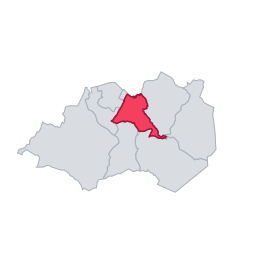 Cameroon highlighted, Albers equal-area conic projection, rotated 116°
{"feature_id": "CMR", "entity_name": "Cameroon", "entity_type": "country or territory", "adm_level": 0, "iso_a3": "CMR", "parent_name": "Africa", "parent_adm1": "", "projection": "albers", "projection_center": [12.994, 7.377], "detail": "fine", "context": "with_neighbors", "style": "filled", "palette": "rose", "viewbox_px": 256, "rotation_deg": 116, "n_neighbors": 8, "source": "natural_earth", "source_scale": "50m", "svg_char_len": 8615}
<svg xmlns="http://www.w3.org/2000/svg" viewBox="0 0 256 256"><g transform="rotate(116 128 128)"><path d="M195.0,169.1L196.6,179.3L196.2,181.8L197.3,184.6L200.4,187.2L203.3,193.1L201.3,192.7L193.2,194.4L191.9,197.4L193.1,199.5L191.9,209.8L197.0,212.3L198.3,211.4L198.9,216.4L195.0,216.5L190.9,212.1L187.0,211.6L185.7,209.2L182.7,210.8L178.6,210.2L176.8,208.1L171.2,208.0L170.9,206.5L166.8,206.2L160.2,207.4L160.4,201.8L158.6,200.0L158.2,197.1L158.9,194.2L157.8,192.4L157.7,189.4L151.6,189.6L152.0,187.8L149.4,187.9L149.1,188.7L146.0,189.0L144.0,193.0L141.2,192.3L136.2,193.5L133.1,189.4L130.4,183.0L115.5,183.0L110.2,184.1L109.5,182.6L110.8,182.1L111.8,178.8L113.6,177.8L114.9,178.3L116.6,176.4L119.4,176.4L119.7,177.8L121.6,178.7L128.7,171.7L128.5,167.7L130.6,162.9L136.1,158.0L136.7,156.4L137.6,152.9L137.9,145.7L140.3,140.0L140.9,133.6L142.8,131.0L145.4,129.4L152.6,132.8L159.9,134.1L162.0,130.7L164.3,131.1L169.7,128.5L171.6,129.5L173.2,129.4L173.9,128.1L175.7,127.7L182.6,128.1L184.2,127.5L187.3,131.5L189.5,132.0L195.8,130.2L197.0,132.3L201.5,135.4L201.4,141.2L203.4,141.8L200.1,145.0L197.3,149.9L197.2,153.9L196.1,155.8L196.2,159.5L194.8,160.9L193.7,166.9L195.0,169.1Z" fill="#d9dde1" stroke="#a8b0b8" stroke-width="1"/><path d="M165.1,57.5L165.8,76.8L161.7,76.6L158.4,83.3L159.4,84.4L157.8,85.9L158.4,88.0L156.8,91.9L158.5,91.5L159.5,93.4L159.6,96.3L161.4,97.7L161.4,98.9L158.4,99.8L155.9,101.9L152.5,107.3L148.0,109.7L141.9,109.9L142.4,111.6L137.9,115.4L131.7,117.3L129.7,116.1L128.8,117.4L124.8,117.8L125.5,116.4L123.3,111.0L121.2,110.2L118.3,107.3L119.3,105.0L125.6,105.1L123.0,100.6L122.8,94.1L120.8,90.9L121.3,88.6L118.2,88.5L118.2,85.4L116.2,83.5L118.3,77.1L124.4,72.4L124.6,66.1L126.4,56.3L127.4,54.2L125.4,52.5L125.3,51.0L123.6,49.8L122.4,42.4L127.1,39.7L165.1,57.5Z" fill="#d9dde1" stroke="#a8b0b8" stroke-width="1"/><path d="M122.4,42.4L123.6,49.8L125.3,51.0L125.4,52.5L127.4,54.2L126.4,56.3L124.6,66.1L124.4,72.4L118.3,77.1L116.2,83.5L118.2,85.4L118.2,88.5L121.3,88.6L120.8,90.9L119.5,91.2L119.3,92.8L118.4,92.9L115.2,87.5L114.0,87.3L110.3,90.1L103.9,88.3L102.5,89.0L99.7,88.9L96.9,90.9L94.4,91.0L88.6,88.4L86.3,89.6L83.8,89.5L82.1,87.6L77.3,85.7L72.1,86.2L70.8,87.2L70.1,90.0L68.6,92.0L68.2,96.4L64.6,93.5L62.9,93.4L61.2,94.9L61.4,91.5L55.9,90.2L55.8,87.8L53.1,84.6L52.6,82.3L53.0,79.9L56.1,79.8L57.9,78.1L68.7,77.2L69.2,74.2L71.9,71.0L72.1,59.8L78.8,57.7L92.7,48.5L108.9,39.5L116.4,41.5L119.0,44.1L122.4,42.4Z" fill="#d9dde1" stroke="#a8b0b8" stroke-width="1"/><path d="M63.1,123.0L63.6,111.9L64.5,108.8L68.5,104.3L68.0,102.9L69.0,101.0L68.0,98.0L68.6,92.0L70.1,90.0L70.8,87.2L72.1,86.2L77.3,85.7L82.1,87.6L83.8,89.5L86.3,89.6L88.6,88.4L94.4,91.0L96.9,90.9L99.7,88.9L102.5,89.0L103.9,88.3L110.3,90.1L114.0,87.3L115.2,87.5L118.4,92.9L119.3,92.8L121.3,94.8L120.5,97.3L116.4,101.1L112.4,111.4L109.8,113.4L107.5,120.0L104.1,121.6L101.4,119.6L99.5,119.7L96.6,122.5L95.2,122.6L91.5,130.8L86.4,132.5L84.5,132.3L82.6,133.3L78.7,133.2L76.1,130.0L74.6,126.4L71.1,123.1L63.1,123.0Z" fill="#d9dde1" stroke="#a8b0b8" stroke-width="1"/><path d="M184.2,127.5L182.6,128.1L175.7,127.7L171.6,129.5L169.7,128.5L164.3,131.1L162.0,130.7L159.9,134.1L152.6,132.8L145.4,129.4L142.8,131.0L140.9,133.6L140.5,137.0L134.0,136.0L131.1,138.6L128.5,143.2L127.8,139.6L125.5,138.0L123.2,133.7L120.9,131.1L120.8,127.6L121.2,123.7L122.3,122.8L124.8,117.8L128.8,117.4L129.7,116.1L131.7,117.3L137.9,115.4L142.4,111.6L141.9,109.9L148.0,109.7L152.5,107.3L155.9,101.9L158.4,99.8L161.4,98.9L162.0,101.0L164.9,104.0L164.5,109.6L172.8,115.0L172.8,116.6L178.3,121.2L179.6,124.1L183.3,126.0L184.2,127.5Z" fill="#d9dde1" stroke="#a8b0b8" stroke-width="1"/><path d="M140.5,137.0L140.3,140.0L137.9,145.7L137.6,152.9L136.7,156.4L136.1,158.0L130.6,162.9L128.5,167.7L128.7,171.7L121.6,178.7L119.7,177.8L119.4,176.4L116.6,176.4L114.9,178.3L111.7,176.1L108.2,179.0L104.1,173.9L107.9,171.2L106.0,168.0L107.7,166.7L111.1,166.1L111.5,164.0L114.2,166.3L118.6,166.5L120.1,164.2L120.7,161.0L120.2,157.1L117.8,154.3L120.0,148.6L118.7,147.6L115.0,148.0L113.6,145.4L114.0,143.3L120.2,143.5L128.2,145.9L128.5,143.2L131.1,138.6L134.0,136.0L140.5,137.0Z" fill="#d9dde1" stroke="#a8b0b8" stroke-width="1"/><path d="M105.1,143.3L110.5,143.7L113.4,143.0L114.0,143.3L113.6,145.4L115.0,148.0L118.7,147.6L120.0,148.6L117.8,154.3L120.2,157.1L120.7,161.0L120.1,164.2L118.6,166.5L114.2,166.3L111.5,164.0L111.1,166.1L107.7,166.7L106.0,168.0L107.9,171.2L104.1,173.9L95.7,164.9L92.7,159.8L96.3,149.4L105.1,149.2L105.1,143.3Z" fill="#d9dde1" stroke="#a8b0b8" stroke-width="1"/><path d="M97.1,143.2L105.1,143.3L105.1,149.2L96.3,149.4L95.3,148.7L97.1,143.2Z" fill="#d9dde1" stroke="#a8b0b8" stroke-width="1"/><path d="M91.8,130.9L91.9,130.5L92.2,130.1L92.6,129.5L93.0,128.7L93.3,127.4L93.5,126.6L93.7,125.9L94.0,125.2L94.3,124.7L95.2,123.9L95.9,123.2L96.2,122.9L96.4,122.7L96.9,122.5L97.3,122.2L97.6,121.6L97.9,121.0L98.1,120.9L98.3,120.8L99.2,120.3L99.7,119.9L99.8,120.1L99.9,120.3L100.0,120.4L100.4,120.5L101.0,120.5L101.3,120.4L101.5,120.2L101.7,119.7L101.8,119.6L102.6,119.9L103.1,120.5L103.6,121.0L103.9,121.2L104.0,121.4L104.2,122.3L104.4,122.6L104.6,122.7L105.0,122.6L105.4,122.4L105.8,122.2L106.2,121.9L106.4,121.6L106.5,121.4L106.6,120.6L106.7,120.4L107.1,120.1L107.7,119.6L108.1,119.3L108.0,119.2L107.8,118.9L107.6,118.6L107.8,118.2L108.0,117.9L108.8,117.0L108.8,116.7L108.9,116.3L109.5,115.2L109.9,113.8L109.9,113.6L110.3,112.9L110.7,112.0L111.6,111.9L111.9,111.7L112.3,111.3L112.6,110.9L112.7,110.6L112.8,109.9L112.9,109.2L113.0,108.5L113.3,107.9L113.7,107.6L114.5,107.3L114.6,107.2L114.7,106.8L114.8,106.0L114.8,105.5L114.8,105.3L114.9,104.9L115.6,104.2L116.0,103.2L116.2,102.1L117.0,100.8L118.0,99.4L118.4,99.1L118.7,98.9L119.2,98.9L119.5,98.8L120.5,98.1L120.9,97.9L121.2,97.7L121.3,97.5L121.3,97.2L121.2,96.5L121.4,96.0L121.5,95.2L121.5,94.6L121.5,94.4L121.3,94.1L121.0,93.7L120.5,93.5L119.8,93.4L119.4,93.3L119.4,93.0L119.3,92.8L119.3,92.6L119.2,92.2L118.8,89.9L119.6,89.9L120.7,90.1L120.9,90.4L121.1,91.1L121.5,91.6L122.1,91.9L122.6,92.7L122.7,93.8L123.1,94.5L123.6,95.6L123.7,95.9L123.7,96.5L123.7,96.9L123.9,97.4L123.6,98.3L123.5,98.8L123.5,99.5L123.7,100.8L124.0,101.8L124.3,102.6L124.7,103.3L125.3,104.0L125.9,104.6L126.5,105.0L126.0,105.2L124.9,105.3L124.3,105.1L124.0,105.1L123.7,105.2L122.5,105.3L121.4,105.3L120.3,105.1L119.7,105.2L119.2,105.5L118.8,106.1L118.4,106.6L118.5,107.1L118.8,107.4L119.4,108.0L119.9,108.6L120.1,109.0L121.1,109.9L122.1,110.7L122.3,110.8L122.5,110.9L122.7,111.0L123.2,111.4L123.9,112.2L124.6,113.3L125.1,114.5L125.6,115.7L125.8,115.9L126.1,116.0L126.1,116.6L126.0,116.9L125.7,117.3L125.3,118.1L124.6,118.6L124.4,118.9L124.3,119.2L124.2,119.6L123.8,120.3L123.6,121.0L123.3,121.1L122.7,122.1L122.4,123.0L122.3,123.3L122.2,123.5L121.3,123.9L121.0,124.0L120.9,124.2L120.7,124.4L120.6,124.7L120.8,125.0L121.0,125.3L121.4,125.3L121.5,125.4L121.6,125.5L121.6,127.3L121.4,127.6L121.3,128.1L121.3,128.4L121.4,128.5L121.5,128.7L121.7,128.9L121.8,129.5L122.0,131.4L122.1,131.8L122.3,132.0L122.9,132.4L123.6,133.0L123.8,133.3L123.9,133.9L124.2,134.4L124.1,134.5L123.8,134.6L123.6,134.6L123.8,135.0L124.1,135.6L124.7,136.2L125.3,136.9L125.7,137.4L126.4,138.0L126.8,138.5L127.3,139.0L127.7,139.1L128.0,139.2L128.1,139.3L128.2,139.5L128.5,139.7L128.8,140.1L128.8,140.4L128.7,140.7L128.9,141.2L128.9,141.3L128.9,141.6L129.0,142.2L129.1,142.8L129.4,143.2L129.4,143.3L129.3,143.5L129.0,143.7L128.9,144.0L128.8,144.5L128.9,145.0L129.1,145.6L129.1,145.9L129.1,146.0L128.9,146.1L128.4,145.7L127.9,145.5L127.2,145.0L126.5,144.8L125.6,144.8L125.2,144.9L124.9,144.7L124.5,144.5L124.3,144.4L124.0,144.6L123.8,144.6L123.6,144.5L123.0,144.5L123.0,144.2L122.9,144.2L122.3,144.2L122.2,144.0L121.9,143.9L121.4,143.6L121.0,143.8L120.0,143.8L118.7,143.8L117.5,143.8L116.3,143.8L115.1,143.8L115.0,143.5L114.7,143.3L114.3,143.3L113.0,143.4L112.0,143.3L111.7,143.3L111.3,143.2L110.5,143.2L109.4,143.2L109.2,143.2L108.4,143.2L106.5,143.1L105.5,143.1L105.5,143.3L105.4,143.4L105.4,143.8L104.2,143.8L102.7,143.8L101.3,143.8L100.3,143.7L98.7,143.7L98.2,143.5L98.0,143.4L98.0,143.2L97.9,143.1L97.9,141.9L98.2,140.9L98.3,140.0L98.6,139.2L98.4,138.4L98.2,138.1L97.2,137.0L97.7,136.5L97.1,136.6L97.0,136.2L96.7,135.7L96.9,135.6L97.0,135.3L97.6,135.4L97.1,134.9L97.1,134.6L97.3,134.4L97.2,134.3L96.9,134.5L96.7,134.5L96.5,134.4L96.3,134.4L96.4,134.7L96.2,135.0L95.7,135.0L95.4,134.8L95.2,134.7L94.5,134.5L93.9,134.2L93.8,133.5L93.6,133.2L93.5,132.9L93.5,132.5L93.6,131.9L93.4,131.8L93.0,131.8L92.8,131.8L92.5,131.5L92.3,131.3L92.4,131.9L92.3,132.1L91.9,132.0L91.7,131.8L91.7,131.6L91.9,130.9L91.8,130.9Z" fill="#f43f5e" stroke="#9f1239" stroke-width="1.5"/></g></svg>